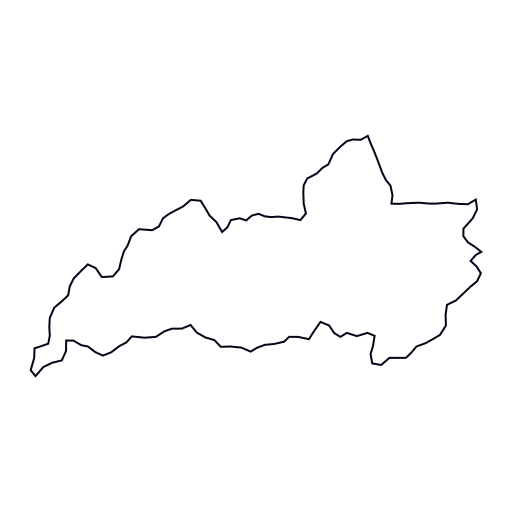 outline of Oliveira Fortes, Minas Gerais, Brazil
{"feature_id": "56859067B27870531279876", "entity_name": "Oliveira Fortes", "entity_type": "district", "adm_level": 2, "iso_a3": "BRA", "parent_name": "Brazil", "parent_adm1": "Minas Gerais", "projection": "robinson", "projection_center": [-43.521, -21.329], "detail": "fine", "context": "isolated", "style": "outline", "palette": "ink", "viewbox_px": 512, "rotation_deg": 0, "n_neighbors": 0, "source": "geoboundaries", "source_scale": "gbopen_adm2", "svg_char_len": 1961}
<svg xmlns="http://www.w3.org/2000/svg" viewBox="0 0 512 512"><path d="M480.9,273.2L476.5,266.4L470.6,260.9L475.7,255.0L481.3,251.9L475.1,247.0L467.9,242.3L463.4,236.3L463.4,228.8L467.9,223.7L472.7,218.3L477.1,209.5L475.8,199.6L467.9,204.2L458.6,203.9L447.6,202.7L436.0,203.6L429.2,203.6L419.2,202.7L406.9,203.2L398.9,203.9L391.4,203.6L392.5,195.3L390.5,185.7L386.0,180.2L382.0,172.2L377.4,159.7L373.7,150.4L370.6,143.3L367.8,135.9L360.6,139.8L352.7,139.5L346.6,141.3L340.4,146.6L333.0,154.0L328.4,164.3L322.3,168.0L316.8,173.5L307.2,178.5L303.7,185.3L303.3,192.5L303.7,203.6L305.9,213.5L300.4,220.1L291.8,218.1L285.3,217.4L278.1,216.6L271.1,217.1L264.7,216.3L258.5,213.8L251.9,215.5L246.2,220.4L239.8,218.3L230.8,220.1L227.4,227.4L222.1,232.0L216.4,222.1L209.5,215.5L206.1,209.5L200.6,200.7L190.8,199.9L183.2,206.4L175.7,210.3L168.7,214.1L163.0,218.3L158.9,226.5L152.1,230.2L139.0,229.2L131.1,236.3L127.6,245.6L123.9,251.4L121.2,260.1L119.1,269.2L112.9,276.4L101.9,277.1L95.7,268.1L87.8,264.4L80.8,271.2L73.8,278.3L69.8,286.3L68.1,295.4L61.8,301.3L54.3,307.6L49.8,317.9L49.3,327.3L49.8,335.8L48.2,343.7L41.7,346.0L34.5,348.3L34.2,357.9L30.7,370.2L35.5,376.1L43.4,367.0L52.3,362.7L61.8,360.4L66.0,351.1L66.2,340.5L73.4,340.6L81.3,345.2L88.0,346.5L95.1,352.0L102.9,355.6L111.2,352.3L119.5,346.0L126.3,342.5L131.8,336.4L144.5,337.7L155.8,336.9L164.3,331.4L171.8,328.7L181.8,328.6L190.6,325.0L196.8,332.6L205.3,337.4L214.4,340.1L220.8,346.8L230.2,346.5L241.4,347.6L250.7,351.6L257.1,347.7L265.0,344.8L273.9,344.0L284.2,341.7L289.0,336.9L298.2,336.9L308.9,339.2L314.4,330.6L320.5,321.9L329.1,325.5L334.3,333.1L340.4,336.9L346.8,332.9L356.8,336.1L367.4,332.9L374.6,335.8L373.0,346.0L370.6,354.0L372.2,363.4L381.1,365.0L389.4,357.9L399.3,357.9L405.8,357.9L410.9,353.1L416.5,346.5L425.5,343.2L431.9,339.7L440.0,334.9L445.9,325.5L445.6,314.7L447.0,304.8L455.9,300.5L463.1,293.7L470.3,286.8L477.1,281.2L480.9,273.2Z" fill="none" stroke="#020617" stroke-width="2"/></svg>